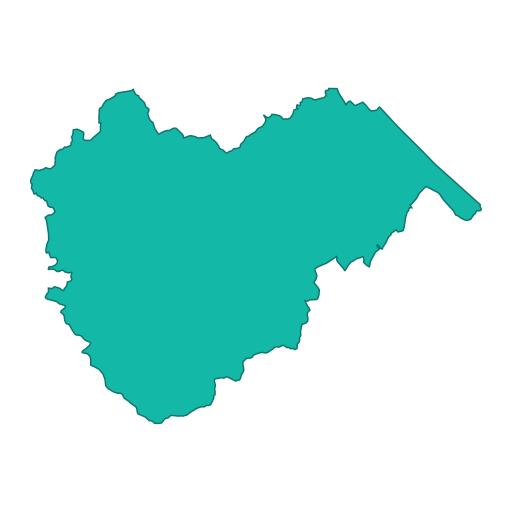 outline of Quang Ninh, Quảng Bình, Vietnam
{"feature_id": "81297802B18152468964479", "entity_name": "Quang Ninh", "entity_type": "district", "adm_level": 2, "iso_a3": "VNM", "parent_name": "Vietnam", "parent_adm1": "Quảng Bình", "projection": "albers", "projection_center": [106.503, 17.253], "detail": "fine", "context": "isolated", "style": "filled", "palette": "teal", "viewbox_px": 512, "rotation_deg": 0, "n_neighbors": 0, "source": "geoboundaries", "source_scale": "gbopen_adm2", "svg_char_len": 5937}
<svg xmlns="http://www.w3.org/2000/svg" viewBox="0 0 512 512"><path d="M45.1,217.5L46.4,220.1L47.2,224.9L48.5,233.8L48.7,240.1L47.1,243.8L46.1,248.5L45.9,251.7L46.7,253.1L48.2,252.2L48.7,252.2L50.7,257.7L54.5,257.4L56.2,258.1L57.5,260.6L57.1,263.2L55.3,265.0L52.9,266.3L49.0,267.0L48.3,269.0L49.0,269.6L50.9,269.1L53.7,269.1L57.3,271.6L59.1,271.4L61.7,270.3L63.4,270.4L64.7,271.8L68.4,272.9L71.6,272.4L71.7,273.7L70.9,276.0L70.9,277.0L71.7,278.7L71.7,280.0L70.7,281.0L67.3,282.1L66.8,285.3L65.7,287.2L64.3,288.7L63.9,290.4L63.1,290.6L59.7,288.3L54.9,286.8L53.8,287.1L52.3,288.6L48.4,288.1L48.5,291.1L48.2,292.4L46.7,294.2L45.4,296.9L45.4,297.5L46.3,298.5L47.7,299.2L56.7,301.5L59.4,303.9L64.6,305.4L65.4,306.6L65.1,307.7L61.3,310.7L60.8,312.3L62.1,313.3L64.1,315.5L64.8,320.7L66.1,323.4L69.4,324.9L72.7,330.9L74.7,333.8L76.3,335.0L78.4,335.1L81.1,335.8L84.0,339.1L86.1,340.7L89.4,341.9L90.1,342.4L90.6,343.5L89.2,345.7L86.1,348.6L82.4,351.1L82.2,352.6L87.4,353.7L88.3,354.6L89.7,356.1L90.6,358.1L90.8,365.3L92.9,366.0L99.1,369.3L102.9,373.9L105.0,379.2L105.7,385.8L108.1,388.6L113.5,391.9L117.2,393.1L120.9,393.4L122.5,394.7L124.3,398.4L128.7,401.2L130.0,402.6L136.2,407.2L136.9,409.2L137.4,412.7L138.2,414.0L145.4,417.0L149.1,420.6L151.5,420.9L152.5,421.3L154.5,423.2L158.0,423.5L161.7,422.9L164.5,419.0L168.5,417.6L170.5,415.6L171.6,415.4L178.8,416.1L181.1,415.8L183.5,416.1L185.2,415.3L186.6,415.2L190.8,412.0L197.2,408.2L200.7,406.9L204.7,406.7L206.5,405.4L208.7,405.4L210.7,404.7L213.6,398.5L213.8,395.8L214.8,395.1L215.0,394.6L215.1,391.8L214.6,388.2L215.3,386.3L215.4,385.1L214.5,381.8L214.4,380.4L214.9,378.9L221.4,377.7L224.1,378.1L226.1,376.8L226.6,376.7L228.4,377.4L235.3,380.9L236.2,381.0L237.5,380.2L239.3,380.0L240.3,378.7L241.4,374.9L243.2,371.8L243.8,369.7L242.9,364.3L242.9,362.1L246.6,358.2L250.6,358.0L252.1,357.3L252.7,356.5L252.9,355.5L253.3,355.2L259.5,352.8L262.8,352.5L265.8,353.0L267.8,352.3L273.1,348.8L274.7,347.1L276.9,346.8L278.9,347.2L282.5,345.5L283.3,345.4L284.2,345.7L286.6,347.5L288.9,347.5L290.6,348.7L293.4,348.5L294.5,349.5L295.1,349.5L296.0,348.9L296.9,348.8L297.4,346.5L297.0,345.2L297.1,344.2L298.8,342.5L299.4,341.3L299.7,339.1L299.5,337.5L300.7,335.8L300.6,330.5L302.0,324.2L302.8,324.2L306.0,323.0L307.6,321.3L308.0,318.7L307.2,314.8L307.3,313.0L309.9,310.0L309.1,308.1L307.4,305.9L305.0,300.7L307.7,301.1L309.7,299.9L316.8,299.5L317.9,298.1L318.8,295.5L319.4,290.1L317.8,287.3L313.8,282.5L316.1,279.1L316.8,276.0L316.8,275.2L314.8,269.9L314.8,268.9L317.7,266.9L326.8,263.0L336.6,256.5L336.9,257.1L336.7,259.7L337.5,261.7L343.0,267.9L344.7,270.5L345.0,270.6L348.3,265.2L350.8,262.1L352.9,261.2L356.6,258.7L363.3,256.7L364.0,260.2L363.6,262.4L366.8,265.4L369.4,266.8L370.4,261.5L375.4,252.2L379.2,249.1L376.7,245.5L377.8,244.7L378.8,245.7L380.2,248.5L382.4,249.0L382.6,248.8L382.4,247.9L385.8,242.8L388.4,237.2L391.0,234.7L390.9,233.5L396.1,229.9L397.9,232.0L403.1,230.7L404.2,227.1L405.5,217.8L407.3,211.8L407.9,211.5L408.6,210.6L409.2,208.2L409.8,207.7L411.7,207.8L410.1,204.8L411.7,204.0L416.0,199.0L417.4,197.0L418.8,193.8L426.0,186.4L437.7,192.4L439.8,194.3L443.9,200.4L453.7,211.0L455.6,214.9L458.6,216.2L460.0,217.5L464.4,219.8L467.2,220.4L470.6,219.3L473.7,214.8L474.8,214.1L476.6,211.0L477.0,210.7L480.0,210.8L481.2,209.8L481.3,209.4L479.9,205.9L480.3,204.7L434.6,163.8L424.7,153.5L397.4,126.3L379.7,107.1L378.6,107.7L377.0,110.1L372.1,110.9L371.1,110.8L369.7,110.0L365.7,105.0L362.8,102.2L355.5,105.5L354.4,105.1L350.3,101.2L349.2,101.3L348.1,102.0L345.9,104.8L344.8,102.6L339.0,93.5L337.0,88.6L328.8,88.5L328.7,89.6L328.2,90.2L326.2,90.3L325.2,91.8L326.0,95.0L325.9,96.0L323.7,97.9L320.2,98.4L315.5,99.9L313.8,99.6L311.8,98.4L309.8,97.9L306.9,97.9L302.9,98.8L302.0,101.6L301.3,102.2L300.2,102.5L300.4,104.3L300.1,105.1L299.5,105.6L297.2,104.9L296.7,105.7L296.6,107.6L297.8,108.7L294.2,109.9L293.7,110.7L293.1,113.5L292.6,114.5L290.0,118.3L288.5,118.6L287.7,119.2L285.6,118.8L283.5,119.3L280.7,116.4L279.6,115.8L274.8,114.5L271.8,114.4L271.2,115.8L269.1,117.4L268.3,117.6L266.2,117.1L263.5,114.8L265.6,118.5L265.8,120.8L265.5,121.9L262.5,126.3L258.7,128.1L257.2,129.3L256.4,130.7L254.7,132.4L251.7,133.9L248.7,136.1L246.4,136.7L243.8,141.3L240.7,144.3L240.4,145.2L240.3,147.1L237.3,148.5L235.2,148.5L233.6,148.9L231.8,150.7L230.9,151.2L229.5,151.3L227.1,153.1L226.2,152.9L225.4,152.3L222.8,149.9L219.6,148.6L218.6,146.0L216.4,142.7L213.6,140.0L211.6,138.8L210.3,135.1L205.3,137.1L203.3,137.7L200.7,137.7L198.6,138.2L194.9,136.6L191.1,135.7L188.9,136.0L183.7,138.0L183.3,135.9L182.0,133.9L176.3,128.4L174.5,128.1L172.4,128.7L169.8,130.4L166.7,130.6L165.0,131.1L163.9,131.4L159.5,133.9L158.4,133.9L155.0,129.1L152.9,122.6L150.7,120.8L149.5,119.2L148.4,116.2L147.6,113.3L148.8,110.8L148.8,108.9L148.5,108.5L146.0,107.2L144.3,102.5L139.3,97.8L138.6,95.8L136.2,94.8L135.2,93.8L133.2,89.4L132.1,90.3L129.1,91.1L118.4,92.8L117.2,93.3L115.8,94.0L115.2,95.7L114.3,96.5L111.9,97.8L110.2,99.0L106.9,100.0L105.6,101.1L103.7,103.6L101.7,107.4L99.8,108.3L99.4,109.0L98.9,118.8L99.3,120.2L98.8,122.1L99.2,123.1L100.9,123.1L100.4,126.6L100.5,130.5L100.1,131.6L99.2,132.6L93.9,137.0L90.7,140.1L89.5,140.5L84.9,140.3L83.9,139.7L83.2,138.5L83.8,134.2L83.5,132.2L78.6,129.7L77.2,129.2L73.3,129.8L72.8,134.7L71.5,137.1L72.3,139.1L72.4,140.3L71.7,142.2L71.1,142.6L70.9,145.4L65.9,147.4L64.6,147.0L62.8,149.1L62.2,149.4L60.5,149.4L58.0,151.0L56.9,152.2L55.1,157.9L55.5,160.4L55.1,161.8L55.0,164.9L54.6,165.4L51.6,168.2L50.2,168.8L48.5,168.6L45.7,167.7L43.5,169.2L41.5,169.6L39.5,170.5L35.1,169.8L33.4,173.0L32.8,175.6L31.0,179.2L30.7,180.8L30.9,182.5L31.3,183.6L32.2,184.1L31.6,186.5L31.5,188.4L32.7,190.2L34.0,193.8L34.6,194.1L36.4,193.1L37.2,195.3L37.7,195.7L39.6,196.3L41.1,197.9L43.1,197.8L43.7,199.1L45.1,200.6L46.6,201.2L48.2,206.2L50.1,207.2L52.9,207.5L54.9,211.1L54.9,211.9L54.3,212.6L52.1,214.5L51.0,215.0L49.0,214.9L47.6,215.6L45.1,217.5Z" fill="#14b8a6" stroke="#0f766e" stroke-width="1.5"/></svg>